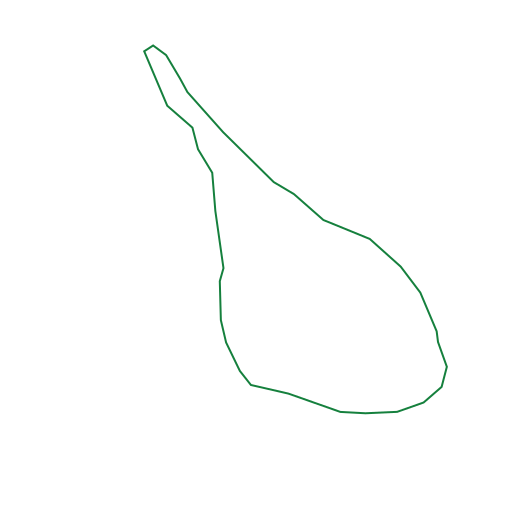 outline of Tamatam, Federated States of Micronesia, rotated 225°
{"feature_id": "79324940B81673717572020", "entity_name": "Tamatam", "entity_type": "district", "adm_level": 2, "iso_a3": "FSM", "parent_name": "Federated States of Micronesia", "parent_adm1": "", "projection": "orthographic", "projection_center": [149.414, 7.539], "detail": "fine", "context": "isolated", "style": "outline", "palette": "green", "viewbox_px": 512, "rotation_deg": 225, "n_neighbors": 0, "source": "geoboundaries", "source_scale": "gbopen_adm2", "svg_char_len": 553}
<svg xmlns="http://www.w3.org/2000/svg" viewBox="0 0 512 512"><g transform="rotate(225 256 256)"><path d="M86.1,205.4L67.4,222.2L46.0,245.6L33.9,270.9L32.2,294.7L42.7,312.6L66.5,323.9L75.0,330.5L113.9,346.3L146.1,350.8L187.6,348.5L233.8,329.1L272.9,326.6L295.7,320.8L366.8,320.3L420.4,323.4L435.3,327.8L461.6,334.5L477.6,332.1L479.8,321.7L425.0,299.5L391.7,301.8L372.5,290.5L345.8,283.9L316.6,259.1L270.4,224.4L263.8,212.6L235.5,185.8L216.0,173.7L186.1,163.3L168.4,161.2L135.8,181.6L86.1,205.4Z" fill="none" stroke="#15803d" stroke-width="2"/></g></svg>